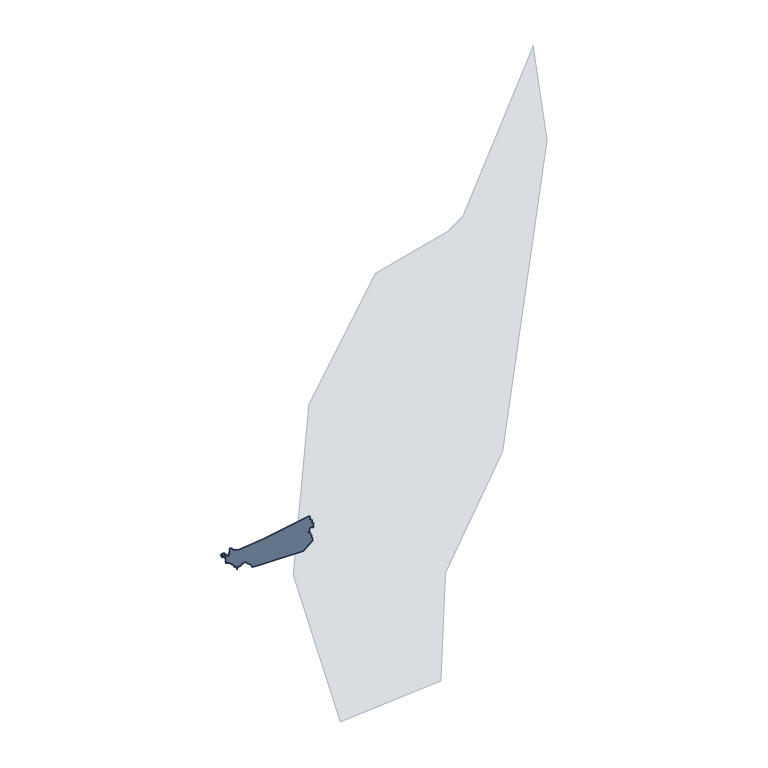 Ngchemiangel, Aimeliik, Palau shown in context
{"feature_id": "81905179B62716900655722", "entity_name": "Ngchemiangel", "entity_type": "district", "adm_level": 2, "iso_a3": "PLW", "parent_name": "Palau", "parent_adm1": "Aimeliik", "projection": "natural_earth1", "projection_center": [134.478, 7.454], "detail": "fine", "context": "in_parent", "style": "filled", "palette": "slate", "viewbox_px": 768, "rotation_deg": 0, "n_neighbors": 0, "source": "geoboundaries", "source_scale": "gbopen_adm2", "svg_char_len": 4633}
<svg xmlns="http://www.w3.org/2000/svg" viewBox="0 0 768 768"><path d="M440.9,680.8L340.3,721.9L293.2,574.9L308.9,404.4L375.5,273.3L448.0,231.3L462.9,216.3L533.2,46.1L547.1,140.0L502.7,451.4L445.6,572.6L440.9,680.8Z" fill="#d9dde1" stroke="#a8b0b8" stroke-width="1"/><path d="M237.9,550.0L237.3,550.0L237.2,550.1L236.8,549.9L236.7,549.9L235.8,549.6L235.5,549.6L235.3,549.7L235.2,549.6L235.1,549.8L234.9,549.8L234.6,550.0L234.4,550.0L234.3,549.9L234.1,550.0L233.8,549.9L233.6,549.9L233.5,550.0L233.4,549.8L233.3,549.6L233.1,549.5L232.9,549.4L232.8,549.2L232.7,549.2L232.4,548.8L232.3,548.6L232.1,548.6L231.9,548.4L231.7,548.4L231.4,548.3L231.3,548.2L231.2,548.2L230.9,548.2L230.7,548.1L230.4,548.1L230.1,548.1L229.9,548.5L229.5,548.9L229.4,549.2L229.5,549.4L229.3,549.8L229.4,550.0L229.5,550.2L229.5,550.4L229.6,550.6L229.6,550.8L229.7,551.0L229.6,551.4L229.6,551.5L229.5,551.8L229.4,551.8L229.4,552.0L229.2,552.0L229.1,552.4L229.2,552.5L229.0,552.8L229.0,553.1L228.9,553.2L228.8,553.3L229.0,553.6L228.9,553.6L228.8,553.8L228.9,554.1L228.9,555.0L228.3,556.0L228.2,555.9L228.0,555.7L227.9,555.5L227.7,555.5L227.5,555.3L227.2,555.1L226.9,555.1L226.5,554.9L226.4,554.7L226.2,554.5L226.1,554.4L226.0,554.5L225.9,554.9L225.6,554.8L225.3,554.8L225.2,554.8L224.9,554.7L225.0,554.5L224.9,554.4L224.9,554.2L224.9,553.8L225.0,553.7L224.9,553.5L224.7,553.3L224.7,553.2L224.2,553.1L223.9,553.0L223.7,553.0L223.1,553.2L222.8,553.3L222.6,553.6L222.2,553.7L221.8,553.9L221.9,554.2L222.0,554.4L221.8,554.5L221.7,554.4L221.6,554.6L221.3,554.6L221.2,554.6L221.3,554.7L221.2,554.8L221.3,554.9L221.1,555.0L220.9,555.3L221.0,555.6L221.3,555.8L221.4,556.0L221.5,556.2L221.6,556.3L221.9,556.2L222.0,556.3L222.3,556.2L222.5,556.1L222.3,556.4L222.1,556.6L222.1,556.8L221.9,556.8L221.7,556.8L221.6,556.7L221.5,556.8L221.7,557.0L221.9,557.3L222.3,557.5L222.5,557.5L222.8,557.6L223.0,557.2L223.1,556.9L222.9,556.7L223.0,556.7L223.1,556.8L223.2,557.0L223.6,556.9L223.8,556.9L224.0,556.7L224.2,556.4L224.3,556.3L224.4,556.5L224.8,556.6L225.0,556.7L225.0,556.8L225.1,557.0L225.4,556.9L225.5,556.9L225.3,557.1L225.4,557.3L225.3,557.5L225.1,557.6L225.2,557.8L225.2,558.0L225.3,558.1L225.0,558.2L225.0,558.3L225.2,558.8L225.3,559.1L225.4,559.4L225.8,559.8L225.9,560.0L225.7,560.6L225.5,560.9L225.4,561.2L225.4,561.3L225.3,561.5L225.6,561.8L225.6,562.1L225.6,562.5L225.9,562.5L225.7,562.9L225.8,563.1L226.1,563.0L226.4,563.1L226.8,563.2L227.2,563.0L227.4,563.0L227.5,563.2L227.8,563.2L228.1,562.9L228.3,562.8L228.6,563.0L228.7,562.9L228.8,563.1L229.1,563.2L229.5,563.0L229.9,563.2L229.9,563.4L230.0,563.4L230.3,563.5L230.6,563.5L230.8,563.8L231.2,564.2L231.6,564.4L231.8,564.6L232.1,564.5L232.3,564.6L232.5,564.8L232.8,564.7L233.0,564.8L233.1,565.1L233.4,565.3L233.6,565.6L233.8,565.8L233.8,566.0L234.0,566.3L234.0,566.2L234.3,566.4L234.5,566.4L234.4,566.5L234.6,566.7L235.0,566.9L235.4,566.8L235.5,567.0L236.0,567.2L236.4,567.2L236.9,567.2L237.3,567.1L237.0,568.1L237.0,568.5L236.8,568.6L236.8,568.9L236.7,569.2L236.8,569.3L237.0,569.3L237.1,569.1L237.4,568.9L237.5,568.3L237.2,568.1L237.5,567.1L237.6,566.8L238.1,566.9L238.4,566.9L238.5,566.6L238.8,566.8L239.3,566.7L240.0,566.4L240.4,566.1L241.1,565.6L241.5,564.9L241.6,564.7L241.5,564.2L241.8,564.1L242.3,564.0L242.5,563.9L242.7,564.0L243.0,563.9L243.6,563.0L243.9,562.7L244.1,562.6L244.5,562.4L244.8,562.3L245.2,562.1L245.4,562.0L246.0,562.3L246.1,562.7L246.3,562.9L247.1,563.4L247.5,563.5L248.0,563.8L248.8,564.0L249.0,564.1L249.4,564.2L249.7,564.3L250.4,564.5L250.7,564.9L251.1,565.1L251.3,565.3L251.5,565.8L251.6,566.1L251.6,566.4L252.2,567.1L255.3,566.4L303.2,551.2L312.7,540.5L312.6,539.9L312.6,539.2L312.6,538.7L312.6,538.1L312.3,537.8L312.0,537.4L311.7,537.2L311.8,535.3L311.3,535.0L310.9,534.8L310.6,534.3L310.5,533.4L310.5,533.0L310.3,532.7L309.8,532.5L309.4,532.5L308.9,532.5L308.6,532.5L308.4,532.2L308.5,531.7L309.2,531.5L309.4,531.3L309.7,531.0L309.8,530.8L309.7,530.3L309.6,529.8L309.5,528.8L309.9,528.1L310.1,528.0L310.2,527.8L310.4,527.7L310.6,527.6L310.8,527.6L311.4,527.6L311.7,527.5L311.8,527.3L311.8,527.2L312.2,526.8L312.3,526.8L312.7,527.4L312.9,527.5L313.0,527.6L313.5,527.2L313.7,526.8L313.5,525.6L313.3,524.8L313.4,524.5L313.5,524.3L313.6,523.9L313.7,523.7L313.8,523.4L313.8,523.2L313.7,523.1L313.4,523.0L313.2,523.0L312.8,523.1L312.5,523.1L312.2,523.0L312.0,522.9L311.9,522.7L311.8,522.4L311.9,522.0L312.1,521.7L312.2,521.4L312.4,521.2L312.5,520.7L312.3,520.3L312.0,519.9L310.5,519.4L310.0,519.4L310.2,519.0L310.2,518.3L310.3,518.2L310.3,517.4L310.3,516.9L310.0,516.4L309.5,516.1L308.9,516.1L308.5,516.3L263.2,539.0L237.9,550.0Z" fill="#64748b" stroke="#1e293b" stroke-width="1.5"/></svg>